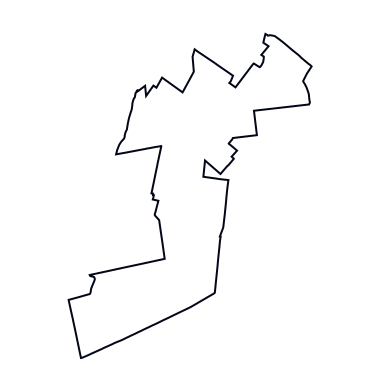 the district of Lehliu Gara, Calarasi, Romania, rotated 168°
{"feature_id": "2599482B17056969376019", "entity_name": "Lehliu Gara", "entity_type": "district", "adm_level": 2, "iso_a3": "ROU", "parent_name": "Romania", "parent_adm1": "Calarasi", "projection": "albers", "projection_center": [26.883, 44.461], "detail": "fine", "context": "isolated", "style": "outline", "palette": "ink", "viewbox_px": 384, "rotation_deg": 168, "n_neighbors": 0, "source": "geoboundaries", "source_scale": "gbopen_adm2", "svg_char_len": 3676}
<svg xmlns="http://www.w3.org/2000/svg" viewBox="0 0 384 384"><g transform="rotate(168 192 192)"><path d="M159.7,331.0L163.3,324.2L164.7,313.2L165.2,309.3L171.8,301.5L180.5,291.4L197.5,310.1L205.1,301.4L207.6,304.1L216.9,295.5L215.8,305.6L223.6,302.0L223.5,302.6L223.8,302.9L224.3,302.8L225.0,302.4L225.4,301.6L226.2,300.8L226.5,300.7L228.3,296.4L228.7,296.1L229.1,295.8L229.6,295.2L230.3,294.2L231.0,292.8L231.7,291.5L232.5,288.8L233.7,285.6L234.2,284.5L235.0,283.3L238.2,277.5L240.5,272.4L242.2,268.0L242.6,266.8L244.4,264.5L245.7,262.1L246.2,260.9L246.3,260.1L247.4,258.3L249.3,257.0L251.2,255.5L253.4,253.2L254.8,251.1L256.5,248.5L257.4,246.7L257.6,246.2L257.9,245.7L258.4,244.6L248.8,244.3L231.0,243.9L229.1,243.8L228.2,243.8L227.3,243.9L225.6,243.8L223.9,243.7L221.9,243.7L219.9,243.6L219.0,243.6L218.1,243.6L215.0,243.4L212.6,243.3L212.6,242.9L219.3,228.0L220.6,224.9L225.3,214.2L227.6,208.9L230.2,203.0L231.5,200.1L231.9,199.2L230.7,198.7L230.9,198.1L230.5,197.9L230.8,197.0L230.0,196.7L230.8,194.9L231.9,192.8L226.7,190.4L228.9,186.0L231.5,180.8L233.1,177.8L233.2,177.4L233.1,176.9L232.9,176.4L232.7,176.0L231.9,174.7L230.6,172.4L230.0,171.3L230.0,171.2L231.6,146.8L232.6,132.3L254.3,132.2L275.7,132.2L309.3,132.1L309.2,131.5L309.0,131.0L307.8,130.3L306.5,129.9L305.4,129.1L305.1,127.1L305.5,126.2L307.1,123.8L309.7,120.0L310.7,118.5L311.5,116.5L311.7,115.7L312.0,115.0L313.2,113.4L314.2,113.4L324.7,112.7L335.1,112.1L335.1,108.2L335.1,101.3L335.0,94.6L335.0,91.8L335.0,77.1L335.1,60.1L335.1,52.7L333.7,52.7L331.5,53.2L331.3,53.2L328.8,53.7L326.5,54.2L324.8,54.6L324.2,54.8L322.9,55.0L320.3,55.6L316.5,56.4L312.4,57.3L310.6,57.8L308.7,58.2L304.0,59.2L301.4,59.8L299.8,60.2L299.6,60.3L295.2,61.1L294.3,61.2L292.2,61.6L290.8,61.9L290.2,62.0L289.7,62.2L289.2,62.3L288.5,62.5L288.4,62.5L287.6,62.7L286.8,62.9L286.1,63.1L284.7,63.4L283.4,63.7L282.3,64.0L281.5,64.2L281.0,64.3L280.5,64.4L279.8,64.6L278.3,64.9L278.0,65.0L277.0,65.2L275.2,65.7L273.5,66.1L271.8,66.5L270.8,66.7L269.6,67.0L268.5,67.3L267.4,67.6L266.8,67.7L265.6,68.0L264.5,68.3L263.4,68.5L258.6,69.7L255.8,70.3L253.6,70.8L251.3,71.4L246.6,72.6L240.5,74.0L240.3,74.0L239.8,74.2L234.6,75.5L230.1,76.6L218.1,79.5L217.7,79.6L217.3,79.7L217.1,79.8L215.2,80.4L213.3,81.0L208.2,82.7L191.8,88.1L190.8,88.5L190.7,88.7L190.0,90.6L187.9,97.2L186.2,102.5L185.3,105.3L182.4,114.3L181.0,118.9L175.8,135.1L174.8,138.4L173.3,142.3L174.0,142.6L168.8,150.8L164.5,163.6L161.0,174.5L159.5,179.5L158.6,182.3L157.7,185.0L157.1,187.0L156.6,188.4L156.3,189.2L156.0,190.4L155.7,191.0L155.1,192.7L153.9,196.1L161.8,198.7L168.5,201.2L177.7,204.5L172.7,220.1L160.4,203.7L154.0,208.6L151.7,210.3L151.1,210.4L144.4,215.6L144.2,215.8L144.2,216.0L144.3,216.1L145.9,218.3L139.3,223.1L142.7,227.5L143.4,228.4L143.6,228.7L143.7,228.8L144.1,229.3L146.0,231.6L146.0,231.8L142.2,234.7L141.2,235.7L140.8,236.3L116.7,234.1L114.5,258.6L67.7,254.1L60.4,253.4L59.8,253.4L59.3,253.3L58.1,254.9L57.9,259.1L57.4,263.2L57.6,266.1L58.1,269.5L58.2,270.3L59.0,273.4L59.7,275.5L60.2,276.6L60.2,277.4L58.7,279.3L55.0,283.9L48.9,289.9L49.3,290.6L49.9,291.5L51.6,293.4L57.3,300.7L58.3,302.4L59.3,303.7L60.3,305.0L62.2,307.3L64.2,309.7L70.6,318.0L71.8,319.5L75.0,323.3L78.4,327.1L79.6,327.8L83.1,329.2L84.1,329.1L85.3,329.2L85.6,329.8L87.3,331.3L89.0,327.9L91.2,323.2L86.8,318.7L91.7,314.8L95.7,311.7L93.6,309.5L93.6,309.4L94.1,307.6L94.5,306.5L95.4,304.3L97.9,301.3L99.5,300.1L99.8,300.0L100.1,300.2L100.4,300.5L104.9,304.9L105.0,304.9L107.2,303.1L127.7,285.3L132.8,290.9L131.4,291.9L131.1,292.3L130.6,292.9L127.7,297.2L139.9,310.1L141.2,311.5L142.9,313.4L154.4,325.3L156.4,327.3L157.6,328.6L159.7,331.0Z" fill="none" stroke="#020617" stroke-width="2"/></g></svg>